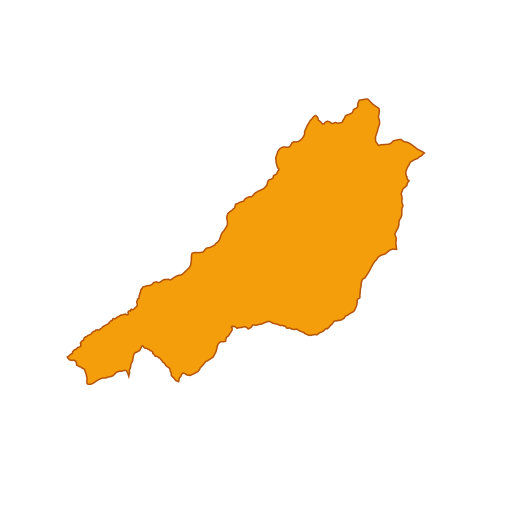 Guaca, Santander, Colombia (Robinson projection), rotated 27°
{"feature_id": "7082276B96447826186422", "entity_name": "Guaca", "entity_type": "district", "adm_level": 2, "iso_a3": "COL", "parent_name": "Colombia", "parent_adm1": "Santander", "projection": "robinson", "projection_center": [-72.874, 6.936], "detail": "fine", "context": "isolated", "style": "filled", "palette": "amber", "viewbox_px": 512, "rotation_deg": 27, "n_neighbors": 0, "source": "geoboundaries", "source_scale": "gbopen_adm2", "svg_char_len": 6117}
<svg xmlns="http://www.w3.org/2000/svg" viewBox="0 0 512 512"><g transform="rotate(27 256 256)"><path d="M197.3,421.0L196.2,416.9L195.0,415.5L194.8,414.9L195.0,413.9L194.8,412.4L193.7,409.1L193.6,405.3L192.2,401.0L191.8,398.6L192.3,396.9L193.6,395.6L193.9,394.5L194.5,394.2L195.2,393.2L195.3,389.9L195.1,388.7L195.6,387.5L196.1,387.5L197.5,388.3L199.1,388.5L200.6,387.8L201.8,388.1L202.9,387.9L204.1,388.3L206.3,388.1L207.5,388.5L208.3,389.7L209.6,389.9L211.8,391.1L213.3,390.4L214.5,390.4L215.5,390.8L216.3,390.6L220.2,392.2L220.6,392.7L221.2,392.7L221.5,393.0L223.0,393.0L225.0,394.3L227.4,395.0L228.4,394.9L230.4,395.6L231.9,397.6L233.5,398.6L234.7,400.8L235.1,401.1L237.8,401.8L241.1,403.4L244.1,403.1L243.1,399.3L243.7,397.1L243.4,395.6L243.9,393.5L246.5,393.0L247.3,393.3L248.8,393.3L251.6,392.3L255.3,387.5L256.8,385.0L257.2,382.7L257.1,381.0L258.3,377.0L259.1,372.8L260.1,371.8L263.7,365.6L263.8,359.8L263.3,356.8L262.4,353.8L262.3,351.2L263.0,349.3L263.8,348.1L265.7,347.3L267.6,345.9L266.7,342.7L266.7,341.3L267.6,340.2L267.8,339.2L268.3,332.6L267.5,331.1L266.3,330.6L266.8,329.3L267.9,329.2L268.9,328.4L272.0,329.0L272.9,328.0L275.9,326.0L277.0,324.8L278.8,323.9L280.6,324.0L282.2,324.6L284.0,321.9L284.5,318.9L285.5,318.3L287.1,317.9L288.2,317.2L289.5,315.8L292.3,313.8L292.7,313.0L295.4,309.9L297.5,308.1L301.6,308.2L305.7,307.2L309.4,306.8L310.8,305.9L312.6,305.8L313.5,305.4L314.3,305.4L315.9,306.3L316.5,306.2L318.9,304.8L320.3,305.0L323.4,304.2L325.3,302.7L329.4,302.9L333.7,302.4L334.1,302.9L339.2,302.7L339.8,302.2L340.6,302.0L344.4,299.0L346.0,298.7L347.5,295.6L349.9,292.8L350.9,289.7L351.6,288.8L352.6,288.6L353.6,285.7L353.7,284.4L354.6,282.6L355.2,278.7L356.2,277.7L358.0,276.8L358.3,276.1L358.7,275.8L360.0,275.4L360.2,274.8L361.2,274.1L361.9,272.7L362.5,272.2L362.8,271.2L362.9,269.1L364.8,266.6L365.9,264.4L367.4,262.4L368.3,260.7L368.5,259.3L368.2,254.7L367.3,251.7L366.2,249.3L366.2,248.1L367.5,246.4L367.3,245.6L366.7,244.3L366.1,243.5L366.0,242.7L363.9,237.7L363.3,235.2L362.0,232.2L361.4,228.5L363.0,226.1L363.1,225.4L363.8,218.4L363.8,211.9L364.1,207.7L364.9,205.1L365.4,201.4L367.0,198.6L370.2,195.5L372.6,189.9L375.1,187.5L378.3,186.3L374.7,181.0L373.0,176.5L370.9,174.8L369.7,173.3L369.7,165.9L369.0,162.8L368.1,161.3L367.5,159.3L367.7,155.6L367.3,153.4L364.5,147.6L364.3,144.9L363.9,144.2L362.0,142.4L360.9,140.5L360.2,138.6L358.5,136.1L357.5,135.3L357.0,134.1L356.5,130.1L357.0,127.7L357.6,127.2L357.8,125.9L358.4,125.1L358.4,124.3L358.0,123.6L357.8,121.8L358.3,119.5L357.9,119.2L357.2,119.5L356.3,119.1L355.6,118.2L354.7,117.8L354.5,116.8L353.6,116.6L351.2,113.0L350.7,108.5L351.0,104.9L350.8,102.5L353.6,98.0L355.6,95.9L356.4,93.9L358.0,91.5L358.6,89.2L359.3,87.8L356.3,87.4L355.8,87.7L354.5,87.4L351.9,87.6L345.8,86.4L341.9,85.9L339.2,86.0L335.8,87.0L332.4,86.3L330.4,87.4L326.7,90.5L326.1,91.2L324.9,94.6L323.8,95.8L322.0,97.1L316.9,100.1L314.9,101.9L310.8,99.7L309.7,98.2L308.4,95.6L307.5,89.6L306.6,86.0L306.4,83.2L305.7,81.2L303.9,78.5L302.0,76.7L300.3,71.2L298.6,68.7L294.0,68.2L290.4,67.5L284.7,65.5L283.5,65.7L277.2,70.4L277.6,74.4L278.9,76.5L278.7,77.8L278.3,78.7L276.9,80.4L276.4,81.5L276.7,82.4L276.7,84.6L276.3,85.4L274.3,88.0L272.6,89.5L272.1,90.5L272.2,93.4L271.9,95.9L272.2,96.9L271.7,98.3L268.5,100.7L266.1,100.9L264.2,103.2L263.0,103.6L261.7,103.1L260.4,103.1L258.4,103.5L257.0,105.4L256.6,107.5L255.6,108.1L254.5,107.9L252.9,107.2L249.7,106.6L248.8,105.1L247.2,104.2L245.4,103.7L244.7,104.5L244.0,106.0L243.4,109.4L242.8,110.3L242.7,113.4L242.4,116.2L242.8,123.2L244.0,125.4L244.1,127.9L243.7,130.7L242.8,133.1L241.6,134.9L240.1,136.1L237.7,137.2L236.7,138.7L236.6,142.3L236.1,143.8L234.7,144.9L231.0,146.3L229.7,147.7L228.4,149.9L228.0,153.0L229.0,159.6L231.7,163.8L234.5,166.9L235.8,167.8L236.9,168.2L237.3,168.7L236.9,170.5L237.1,172.4L236.8,174.3L235.3,176.1L235.2,177.0L235.8,178.6L234.8,180.7L233.5,181.6L232.7,183.1L232.7,184.6L233.6,187.8L232.7,191.3L231.8,193.2L228.5,197.3L226.5,200.5L225.4,205.0L222.8,206.5L220.6,209.5L220.1,211.4L220.2,212.6L218.2,214.5L216.6,216.3L215.9,217.5L214.3,219.1L215.2,223.1L214.3,224.5L213.8,226.3L212.9,227.7L211.9,230.1L211.6,231.4L212.4,235.0L215.0,238.5L216.3,241.1L216.4,243.5L215.9,248.3L215.3,250.4L215.3,252.7L216.1,258.4L215.6,260.9L214.4,263.3L214.4,264.7L211.4,269.1L209.1,270.8L208.1,271.9L207.1,276.1L206.7,276.8L203.8,278.8L199.7,280.8L197.9,282.5L197.9,283.6L198.4,285.1L200.3,289.3L201.8,293.4L201.9,296.4L198.7,305.7L197.5,307.3L195.8,308.3L194.1,310.3L192.5,312.7L191.0,315.8L190.2,316.4L188.5,316.5L187.7,317.2L185.3,318.3L184.2,319.5L182.1,323.4L181.1,324.0L178.9,324.3L176.8,326.2L176.3,328.4L175.0,330.3L171.9,332.3L171.3,333.1L169.5,334.8L169.2,335.4L169.3,336.7L168.9,337.2L168.8,338.1L169.0,339.9L169.8,340.7L169.4,342.0L169.9,343.2L169.8,344.1L170.8,346.5L170.1,348.1L170.4,348.8L170.3,350.2L170.8,351.5L172.1,352.8L172.6,354.3L172.5,355.4L171.4,358.2L171.4,358.8L170.9,359.5L169.7,360.0L169.1,359.9L168.9,360.3L169.1,362.1L168.3,362.2L167.4,363.1L167.6,364.4L168.5,365.5L168.3,366.7L167.1,367.1L166.0,367.0L164.6,368.2L163.9,369.2L162.7,369.6L162.6,370.1L162.2,370.3L160.9,372.6L160.0,373.3L159.8,374.7L158.5,376.2L157.2,376.5L157.0,376.9L157.2,378.7L156.3,379.3L156.0,380.1L155.5,381.5L155.3,383.2L151.6,388.6L151.2,390.4L150.4,391.6L149.7,393.5L149.2,393.8L148.3,393.7L146.9,394.7L146.4,396.4L145.7,396.8L144.8,398.3L144.6,400.3L142.1,403.5L141.5,405.2L140.7,405.5L140.1,407.5L140.6,409.2L139.4,410.9L139.0,413.1L139.2,413.6L140.0,413.9L140.1,414.9L140.9,415.6L140.7,416.6L138.7,418.4L138.0,420.9L136.8,422.0L136.0,424.6L136.6,425.8L136.6,426.4L136.0,426.8L135.2,428.3L135.0,429.4L133.7,431.7L134.3,432.2L137.0,433.2L139.3,432.6L141.0,431.4L142.0,431.7L143.0,431.4L144.3,432.5L145.8,434.7L146.3,434.5L148.6,434.8L150.4,434.4L151.5,434.8L154.5,434.7L156.6,436.9L158.2,438.2L159.9,440.4L160.4,440.7L163.0,445.9L163.6,446.4L164.7,446.5L167.0,445.4L168.9,442.9L171.4,438.2L174.4,434.6L177.6,432.8L179.2,431.0L181.7,429.1L183.0,427.5L184.4,423.0L186.8,420.5L188.6,419.7L190.2,418.0L192.0,417.0L193.2,417.4L194.6,418.3L197.3,421.0Z" fill="#f59e0b" stroke="#b45309" stroke-width="1.5"/></g></svg>